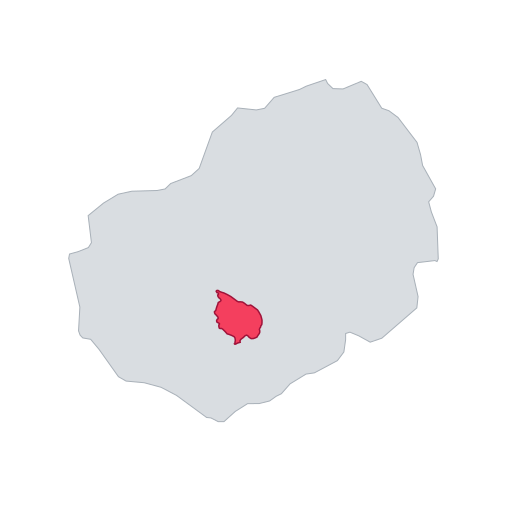 North Macedonia, with Sveti Nikole highlighted, rotated 164°
{"feature_id": "MKD-2914", "entity_name": "Sveti Nikole", "entity_type": "Statistical Region", "adm_level": 1, "iso_a3": "MKD", "parent_name": "North Macedonia", "parent_adm1": "", "projection": "albers", "projection_center": [21.986, 41.86], "detail": "fine", "context": "in_parent", "style": "filled", "palette": "rose", "viewbox_px": 512, "rotation_deg": 164, "n_neighbors": 0, "source": "natural_earth", "source_scale": "10m", "svg_char_len": 2535}
<svg xmlns="http://www.w3.org/2000/svg" viewBox="0 0 512 512"><g transform="rotate(164 256 256)"><path d="M232.3,127.6L240.5,128.7L258.5,123.7L269.6,116.6L275.3,115.6L282.9,112.9L293.7,113.3L304.8,116.4L318.8,112.3L332.5,105.6L338.0,107.2L344.0,112.8L348.0,114.4L370.9,144.0L383.5,156.0L398.4,165.0L415.4,171.6L421.5,177.9L432.6,209.5L437.9,221.5L445.1,225.0L446.9,228.4L447.2,233.0L439.4,255.4L436.7,305.3L434.7,309.3L426.1,309.2L414.8,310.3L410.5,314.2L406.2,341.1L388.0,348.9L371.5,353.4L357.5,352.5L332.9,346.2L324.9,345.5L318.0,349.2L296.1,351.1L286.5,355.8L263.8,387.2L240.8,397.9L232.9,403.4L215.4,396.3L207.0,395.6L194.8,403.5L168.1,404.1L160.9,405.4L140.4,406.4L139.6,402.1L135.9,395.7L126.3,392.6L106.7,394.9L102.0,390.2L94.4,363.4L88.2,359.0L81.3,350.0L69.9,320.8L69.9,308.1L70.9,297.1L64.8,271.0L68.9,264.5L75.1,260.5L75.3,250.0L73.9,234.1L81.6,203.0L83.5,200.8L85.3,202.3L102.6,205.1L107.2,201.2L110.1,195.1L111.4,172.3L115.7,161.8L157.7,142.3L170.0,141.7L179.3,151.0L186.7,156.9L191.2,156.8L192.9,150.9L198.0,139.5L206.6,133.0L232.0,127.6L232.3,127.6Z" fill="#d9dde1" stroke="#a8b0b8" stroke-width="1"/><path d="M299.2,230.7L297.0,229.3L294.4,227.0L291.4,224.0L289.0,220.9L286.6,217.7L285.4,216.7L283.7,216.3L281.6,215.4L280.1,213.7L278.2,211.0L276.7,210.4L274.6,210.3L273.2,208.7L271.3,206.2L269.4,203.7L268.7,201.4L267.8,197.5L267.8,195.3L267.8,194.9L267.9,192.7L268.7,190.0L269.2,188.9L269.4,188.4L270.6,187.6L271.1,186.5L272.3,185.5L273.0,184.5L273.0,183.1L273.4,181.7L274.2,180.6L276.3,178.9L277.4,177.8L279.2,177.5L281.4,177.4L283.4,177.9L285.0,179.7L285.9,181.6L286.8,182.5L288.4,182.4L290.6,181.2L293.3,180.2L294.7,179.1L295.0,177.6L295.0,177.4L295.7,177.4L296.9,177.4L297.8,177.4L298.7,177.2L299.8,176.9L300.7,177.1L300.8,177.3L300.6,177.3L299.8,179.2L299.1,180.7L298.8,182.9L299.2,184.4L301.2,186.3L303.7,188.2L305.2,189.1L306.5,191.9L308.2,194.9L309.1,195.8L310.5,196.2L311.1,196.6L311.2,197.4L311.1,198.8L310.7,200.0L309.9,200.6L309.8,201.0L310.3,201.8L310.8,202.2L311.8,203.3L311.8,203.8L311.8,204.5L311.3,205.3L310.6,205.9L309.7,206.2L309.4,207.0L309.6,208.5L310.2,209.3L310.6,210.4L311.3,211.5L311.5,212.6L311.4,213.8L310.4,214.4L309.5,215.0L308.4,216.9L307.3,218.5L306.1,220.1L305.1,221.7L304.3,221.9L303.1,222.2L302.4,222.5L301.9,223.0L301.9,223.8L302.5,225.2L303.3,226.2L303.7,227.7L303.6,229.1L302.9,229.3L302.5,230.0L302.4,230.6L302.9,231.2L303.6,231.5L304.0,233.0L303.5,233.6L302.6,233.6L301.6,233.1L300.8,231.9L299.4,230.9L299.2,230.7Z" fill="#f43f5e" stroke="#9f1239" stroke-width="1.5"/></g></svg>